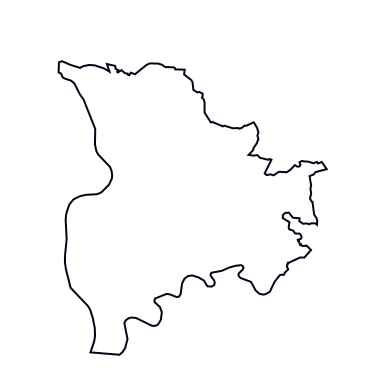 Limerick City West Lea-7, Limerick, Ireland, rotated 261°
{"feature_id": "5873133B63179188649411", "entity_name": "Limerick City West Lea-7", "entity_type": "district", "adm_level": 2, "iso_a3": "IRL", "parent_name": "Ireland", "parent_adm1": "Limerick", "projection": "mercator", "projection_center": [-8.718, 52.624], "detail": "fine", "context": "isolated", "style": "outline", "palette": "ink", "viewbox_px": 384, "rotation_deg": 261, "n_neighbors": 0, "source": "geoboundaries", "source_scale": "gbopen_adm2", "svg_char_len": 2970}
<svg xmlns="http://www.w3.org/2000/svg" viewBox="0 0 384 384"><g transform="rotate(261 192 192)"><path d="M199.1,69.1L198.6,68.8L197.3,68.1L193.7,66.1L189.7,64.2L183.8,62.8L164.9,60.8L149.7,56.8L142.7,55.5L135.5,55.4L116.4,57.1L95.8,71.3L91.7,73.0L82.3,74.4L80.4,74.4L72.6,74.7L68.3,74.1L66.3,73.9L64.4,73.5L59.7,72.0L49.5,66.6L42.6,94.9L44.8,98.4L48.2,101.5L56.8,105.3L73.1,104.7L75.5,106.3L77.1,109.4L77.5,112.6L76.4,116.9L66.1,131.6L65.5,134.7L66.2,137.4L70.5,141.2L78.1,143.4L83.4,142.3L88.9,138.0L90.6,137.9L92.5,138.8L95.3,150.7L94.4,154.0L90.7,160.3L90.6,162.8L93.0,164.8L103.2,167.9L107.3,170.8L109.5,174.6L109.6,179.0L106.6,185.1L102.6,190.0L96.5,192.4L95.5,196.5L96.6,199.3L98.8,200.3L101.1,200.1L106.2,197.4L108.1,197.6L109.2,198.7L109.5,209.1L111.5,216.7L112.3,223.4L112.1,229.1L110.7,230.7L108.8,230.9L107.3,229.8L104.3,225.5L102.9,224.9L100.9,225.4L99.3,226.8L94.0,236.2L84.7,239.5L81.0,242.6L79.6,245.9L79.5,248.3L81.3,253.3L90.5,259.6L96.2,265.8L96.4,267.9L95.6,269.5L97.9,271.2L100.5,274.9L103.8,274.0L106.8,275.4L106.3,276.0L107.1,276.7L110.4,288.6L109.7,292.7L116.1,300.5L121.2,296.7L121.2,293.6L122.5,290.8L123.4,291.4L124.2,290.1L126.8,290.0L126.9,289.1L128.2,289.0L128.8,292.3L130.3,293.2L132.6,292.7L134.0,291.9L134.9,287.4L138.1,285.8L140.0,282.2L141.6,281.9L147.0,283.5L152.0,277.6L155.0,278.2L156.8,281.0L156.4,284.4L150.8,287.7L149.2,294.1L146.4,293.4L143.3,296.7L143.0,300.5L141.8,302.7L142.4,304.5L141.8,308.9L140.1,310.3L143.9,311.2L146.3,311.0L150.7,309.1L163.5,309.5L163.7,308.7L167.0,307.5L172.1,309.5L177.0,309.5L179.6,310.7L189.3,310.6L190.3,315.0L192.3,317.1L193.5,328.6L201.4,324.9L200.4,321.0L202.1,320.2L201.4,316.2L203.5,312.4L205.4,305.1L204.6,302.8L201.9,303.4L200.4,302.1L200.6,299.9L202.5,297.8L198.4,292.4L196.7,288.7L198.4,281.0L195.7,275.2L197.2,272.1L197.0,268.6L197.6,267.8L199.1,266.7L211.4,275.5L212.5,273.7L211.8,272.6L215.1,264.6L218.2,262.3L218.3,258.4L219.8,253.7L223.9,259.0L225.8,259.7L230.0,263.6L234.1,265.9L237.4,265.4L240.3,266.9L245.4,266.3L251.2,263.9L249.0,256.3L249.3,254.2L247.6,251.3L247.1,248.7L247.9,247.8L248.6,242.2L252.5,234.2L252.0,232.7L258.1,222.9L257.7,221.5L268.5,216.8L278.1,218.4L281.3,218.2L283.8,216.6L285.1,217.6L287.5,217.8L289.6,215.0L289.7,212.5L292.8,209.3L299.9,209.7L302.6,208.9L309.3,202.6L314.0,203.9L315.7,194.7L317.1,194.5L318.0,193.4L319.6,185.2L322.3,182.3L324.1,178.8L325.6,170.5L324.6,166.9L317.2,154.1L319.4,150.3L317.2,148.4L317.8,147.0L319.0,147.0L319.8,144.4L323.3,141.5L321.7,137.4L322.3,137.0L323.2,139.1L325.6,135.8L328.6,135.8L331.7,128.0L323.8,129.3L327.8,124.5L332.3,115.7L333.6,110.1L333.3,104.3L332.1,100.9L336.7,91.6L341.4,84.4L341.0,80.9L331.0,79.0L329.4,81.2L326.1,82.0L324.4,83.3L320.8,90.1L317.6,92.8L306.1,96.5L300.2,99.4L269.3,106.3L254.3,103.6L247.5,103.9L243.6,105.3L229.5,115.0L225.2,115.9L220.5,115.7L217.8,114.9L212.1,111.1L205.7,102.2L204.7,97.6L205.8,86.5L205.4,80.8L203.3,73.9L199.1,69.1Z" fill="none" stroke="#020617" stroke-width="2"/></g></svg>